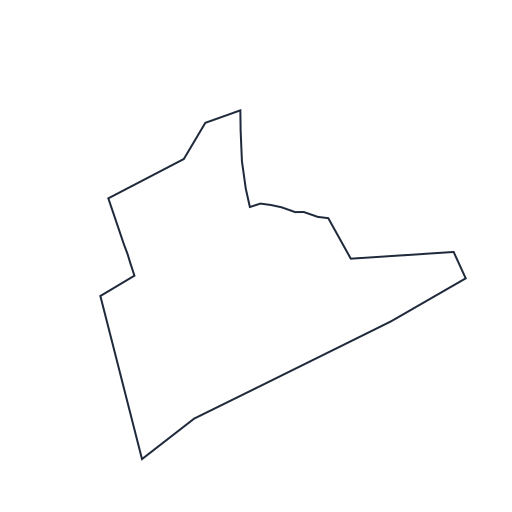 Água Branca, Piauí, Brazil, rotated 337°
{"feature_id": "56859067B37931191276817", "entity_name": "Água Branca", "entity_type": "district", "adm_level": 2, "iso_a3": "BRA", "parent_name": "Brazil", "parent_adm1": "Piauí", "projection": "orthographic", "projection_center": [-42.619, -5.906], "detail": "fine", "context": "isolated", "style": "outline", "palette": "slate", "viewbox_px": 512, "rotation_deg": 337, "n_neighbors": 0, "source": "geoboundaries", "source_scale": "gbopen_adm2", "svg_char_len": 511}
<svg xmlns="http://www.w3.org/2000/svg" viewBox="0 0 512 512"><g transform="rotate(337 256 256)"><path d="M298.5,115.8L261.4,113.6L227.5,138.5L142.6,145.2L139.0,193.1L138.5,204.4L137.6,212.7L136.4,226.6L97.1,232.0L92.7,261.0L71.7,398.4L135.6,381.5L204.9,377.6L354.7,368.9L440.3,358.5L439.5,329.5L342.2,295.5L337.3,249.4L328.1,244.1L317.2,234.2L309.2,230.9L298.5,221.1L289.7,214.9L280.6,209.5L269.5,208.5L272.9,190.0L280.1,163.2L290.8,134.7L298.5,115.8Z" fill="none" stroke="#1e293b" stroke-width="2"/></g></svg>